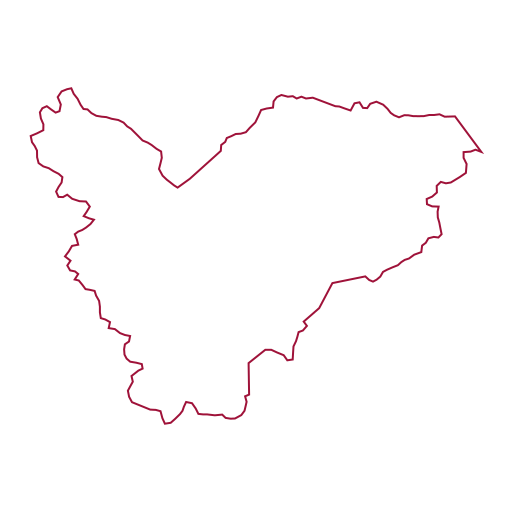 Matos Costa, Santa Catarina, Brazil
{"feature_id": "56859067B2594470752105", "entity_name": "Matos Costa", "entity_type": "district", "adm_level": 2, "iso_a3": "BRA", "parent_name": "Brazil", "parent_adm1": "Santa Catarina", "projection": "mercator", "projection_center": [-51.158, -26.497], "detail": "fine", "context": "isolated", "style": "outline", "palette": "rose", "viewbox_px": 512, "rotation_deg": 0, "n_neighbors": 0, "source": "geoboundaries", "source_scale": "gbopen_adm2", "svg_char_len": 3101}
<svg xmlns="http://www.w3.org/2000/svg" viewBox="0 0 512 512"><path d="M132.0,402.2L150.2,409.6L155.8,409.9L160.5,411.2L162.4,418.2L164.9,423.7L170.7,422.8L175.1,418.9L180.0,414.1L182.5,410.8L183.9,406.7L186.1,402.0L192.0,403.2L195.7,408.5L198.4,413.9L203.1,414.4L207.1,414.4L214.8,415.3L222.2,414.6L225.6,417.9L230.6,418.7L235.0,418.5L241.3,415.1L244.5,410.8L245.6,406.2L246.6,401.8L245.1,396.3L249.1,394.6L248.6,363.1L265.3,349.8L271.3,349.8L277.1,352.5L283.7,355.2L287.3,360.3L292.7,359.5L293.1,352.4L293.5,346.4L296.0,341.2L297.3,337.0L298.6,332.1L302.9,330.5L306.9,325.9L303.7,321.6L319.2,308.1L332.4,283.1L365.3,276.4L369.2,280.0L373.0,281.6L376.6,279.7L380.3,276.6L383.0,271.9L387.1,269.7L392.6,267.3L397.9,265.2L401.3,262.1L404.7,259.9L409.0,258.5L414.2,254.7L421.3,252.1L422.1,245.6L425.8,242.8L428.4,238.3L433.8,236.9L438.4,237.5L441.6,234.2L440.3,227.8L439.3,222.6L437.8,217.4L437.6,211.6L438.6,206.6L432.2,206.4L427.0,204.2L426.7,199.0L432.2,196.6L436.9,192.5L436.7,185.9L440.8,181.9L445.9,183.3L450.8,182.5L454.6,180.2L459.7,177.1L465.9,172.9L466.6,164.0L463.6,157.9L463.6,152.1L470.6,151.6L475.5,149.7L481.3,151.9L455.0,116.4L444.7,116.7L439.5,114.3L434.1,115.0L429.2,115.0L423.9,116.1L418.6,116.2L413.0,116.1L408.4,115.3L404.3,115.2L399.0,117.3L394.1,115.3L390.7,112.9L387.5,108.8L383.2,104.7L376.4,101.7L370.2,103.8L367.2,108.1L363.0,107.9L359.5,102.3L354.5,103.3L350.6,110.5L344.2,108.3L339.3,106.5L335.3,106.2L312.8,97.7L306.0,98.5L301.4,96.7L296.7,98.5L292.8,96.2L287.9,96.7L281.4,95.0L276.9,97.1L273.6,101.4L273.0,107.6L266.7,108.5L261.1,110.0L258.5,115.8L255.3,122.4L249.7,127.9L245.9,132.2L240.7,133.7L235.7,134.0L231.2,136.2L226.8,138.0L225.2,141.9L221.2,145.0L220.8,150.9L189.8,178.8L177.6,187.6L174.1,185.4L170.2,182.3L166.8,179.7L162.6,175.7L159.0,169.0L160.5,163.2L161.8,157.8L161.1,151.5L156.5,148.8L151.6,145.0L147.7,142.6L142.6,140.5L137.9,135.7L133.9,131.7L131.0,128.8L127.2,126.4L123.6,122.6L118.3,120.0L111.7,118.8L106.3,117.1L101.8,116.7L96.3,115.8L91.4,113.1L87.5,109.4L83.5,109.0L80.6,104.8L77.6,98.8L73.7,93.8L71.3,88.3L67.1,89.2L61.6,91.4L57.7,97.1L60.8,104.5L59.5,111.2L55.6,112.6L50.9,109.3L46.8,106.2L42.4,108.2L39.9,112.3L40.9,118.5L43.4,124.3L43.3,130.2L36.9,133.4L30.7,136.0L32.0,142.2L34.7,146.0L37.0,150.6L37.1,157.3L38.6,163.1L43.3,166.4L48.8,168.2L53.5,171.2L58.6,173.8L62.4,177.1L61.6,182.5L58.6,186.9L56.1,191.6L58.5,196.9L63.0,197.1L67.2,194.7L72.2,198.8L79.5,201.2L86.0,201.5L89.8,206.6L86.5,212.1L83.7,216.1L89.0,218.3L93.9,219.7L90.5,224.0L86.0,227.6L82.2,230.0L78.2,231.6L74.8,234.2L76.7,239.0L78.2,244.7L72.0,245.9L68.8,251.4L65.0,256.4L70.5,260.7L67.3,265.5L70.1,270.4L75.0,271.4L78.2,274.0L74.7,279.5L78.8,280.5L82.5,285.0L85.5,289.1L89.7,289.8L94.6,290.9L96.1,295.6L99.1,300.9L99.9,306.6L99.9,312.4L100.8,318.1L105.3,319.5L110.0,322.1L108.7,328.1L114.9,329.1L120.0,333.1L124.9,335.0L130.1,336.0L129.0,341.5L124.9,344.3L124.1,349.3L124.5,354.6L126.6,358.6L130.2,361.7L136.2,362.7L141.8,364.1L142.6,368.6L138.4,370.6L131.5,376.0L132.8,381.7L130.2,386.4L127.9,390.7L129.1,396.8L132.0,402.2Z" fill="none" stroke="#9f1239" stroke-width="2"/></svg>